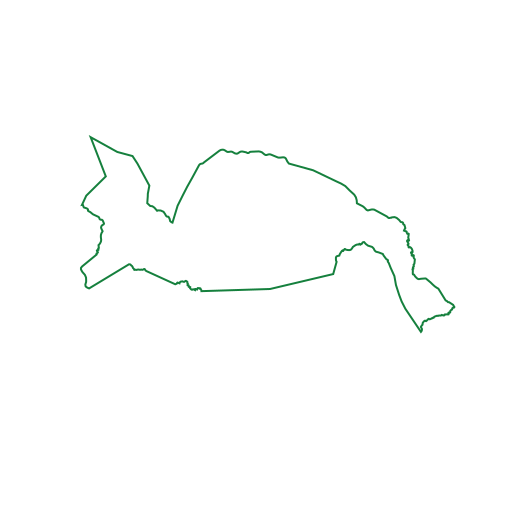 San Marcos, Ocotepeque, Honduras, rotated 206°
{"feature_id": "27666195B1401458590490", "entity_name": "San Marcos", "entity_type": "district", "adm_level": 2, "iso_a3": "HND", "parent_name": "Honduras", "parent_adm1": "Ocotepeque", "projection": "orthographic", "projection_center": [-88.963, 14.406], "detail": "fine", "context": "isolated", "style": "outline", "palette": "green", "viewbox_px": 512, "rotation_deg": 206, "n_neighbors": 0, "source": "geoboundaries", "source_scale": "gbopen_adm2", "svg_char_len": 6051}
<svg xmlns="http://www.w3.org/2000/svg" viewBox="0 0 512 512"><g transform="rotate(206 256 256)"><path d="M456.7,290.3L425.9,261.7L435.0,235.8L434.8,225.7L434.4,226.0L433.9,226.0L432.6,224.6L431.9,224.2L429.2,224.6L428.0,224.5L427.4,224.1L426.9,223.1L426.4,222.9L424.1,222.8L421.7,222.2L420.7,222.0L414.7,222.1L413.9,221.8L412.9,220.8L412.1,220.5L411.4,220.6L410.5,221.0L409.8,220.9L409.3,220.7L406.9,218.6L406.8,218.1L406.8,217.7L407.9,215.9L408.0,215.1L407.9,214.3L407.7,213.6L407.2,213.0L405.5,211.6L405.0,211.3L404.7,210.9L404.9,208.8L404.6,206.9L403.8,205.1L402.2,202.6L401.7,201.0L401.7,199.1L402.0,197.5L402.3,196.7L400.8,194.4L400.8,194.0L401.1,193.7L401.1,193.4L400.6,192.9L400.3,192.5L400.5,192.1L401.2,191.7L401.4,191.4L401.4,191.1L401.0,190.7L399.8,190.1L399.7,189.9L399.9,189.2L400.4,188.4L400.3,187.7L399.9,187.4L407.7,170.4L408.1,168.6L407.5,167.3L406.2,166.3L404.8,165.4L401.6,164.1L400.3,163.0L399.3,162.1L398.0,159.7L397.3,158.2L396.9,155.6L396.0,154.2L395.2,153.8L393.6,153.6L391.8,153.7L366.5,192.9L365.2,193.3L364.6,193.1L364.1,192.8L363.2,192.7L362.2,192.2L361.7,191.6L361.3,191.3L359.6,190.7L359.5,190.3L359.3,190.2L358.9,190.4L358.4,190.8L357.5,191.0L356.0,192.2L354.1,192.8L353.2,193.5L352.2,193.7L351.5,194.3L351.0,195.1L350.5,195.4L350.0,195.3L349.0,194.6L347.9,194.4L316.2,195.2L315.1,196.4L315.0,196.8L315.1,197.4L314.9,197.7L312.8,197.9L313.0,198.8L312.4,200.0L310.9,201.0L310.1,201.0L309.2,201.3L308.4,202.7L308.1,202.9L307.7,202.9L306.8,202.8L306.2,202.5L305.9,201.6L305.1,201.2L305.0,200.4L304.7,199.8L304.1,200.0L303.6,200.0L303.1,198.9L302.7,198.8L302.1,199.1L301.5,199.2L301.3,198.7L301.2,198.2L299.7,197.6L298.7,197.6L298.5,197.8L298.1,198.4L297.5,198.7L295.7,198.6L295.7,199.3L296.0,199.8L295.8,199.9L294.3,200.1L294.4,200.6L294.4,201.2L294.3,201.6L294.0,201.8L293.3,202.0L292.6,201.9L292.4,202.4L291.8,202.5L289.9,201.1L289.6,200.5L228.9,232.5L178.7,273.6L181.0,286.1L182.0,286.9L182.8,288.2L183.5,289.7L183.5,290.7L183.0,291.5L181.3,292.9L181.5,294.3L181.3,296.5L181.0,298.2L180.8,298.7L180.5,299.1L180.3,299.0L180.1,298.6L179.9,298.7L179.4,301.1L179.1,301.3L178.1,301.1L176.4,301.5L174.9,302.1L174.0,302.7L173.5,303.3L173.2,304.2L173.0,305.3L172.9,306.6L171.3,309.4L170.1,310.7L168.8,311.3L168.6,311.6L168.5,312.2L168.2,312.4L167.8,312.4L167.5,311.9L167.2,311.9L166.1,313.7L166.2,314.5L166.0,315.1L165.6,315.5L165.1,315.8L164.9,315.9L162.5,314.9L159.8,314.4L156.1,315.0L155.4,315.0L153.5,314.3L151.8,313.0L150.3,312.5L149.3,312.6L147.4,313.0L142.9,313.4L141.6,312.4L137.7,310.4L137.1,310.2L136.2,310.3L135.7,310.1L135.4,309.8L135.3,309.1L135.0,308.7L133.6,307.9L129.9,304.5L122.8,298.6L117.5,291.3L110.3,283.8L105.2,279.0L98.7,274.1L74.5,260.1L74.3,261.0L74.4,262.0L74.8,263.1L76.7,264.5L76.7,265.2L76.4,266.8L76.2,267.2L76.8,268.9L76.8,269.2L76.5,270.6L76.1,271.6L75.7,272.0L75.0,271.9L74.6,272.0L74.2,272.8L73.7,274.3L73.4,275.1L73.0,275.3L72.3,275.2L71.5,275.8L71.2,276.2L70.9,276.9L70.3,277.2L70.1,277.9L69.3,278.3L69.2,278.6L69.2,279.3L69.0,279.7L67.3,281.5L66.8,281.8L66.2,281.9L65.5,282.7L63.8,283.5L63.5,283.8L63.4,284.2L63.2,284.5L61.9,284.6L61.0,284.9L60.7,285.3L60.9,285.8L60.8,286.1L59.3,287.0L57.4,287.9L57.4,288.3L58.0,288.8L58.1,289.4L57.8,289.8L57.0,290.0L56.8,290.3L56.8,290.8L57.2,291.4L57.3,291.8L57.0,292.9L56.3,293.9L56.6,294.8L56.6,295.3L56.3,295.8L55.5,296.3L55.3,296.9L55.6,297.4L56.3,297.6L56.8,298.1L57.4,298.5L61.3,299.0L62.1,299.1L63.2,298.7L64.7,299.2L66.1,299.2L77.8,306.6L79.7,306.7L82.1,307.1L84.9,307.9L87.6,308.8L93.3,310.2L93.9,310.1L98.0,307.7L99.3,306.7L100.1,306.4L101.4,306.5L102.9,307.0L104.0,307.4L105.6,308.4L106.1,308.5L106.7,308.3L107.0,308.4L107.6,309.3L108.6,311.6L109.5,312.6L109.5,312.9L109.1,313.2L109.0,313.5L109.2,313.8L109.8,314.1L109.9,314.4L110.0,314.8L109.6,315.4L109.6,315.9L109.8,316.3L110.5,317.0L110.5,317.5L110.3,318.2L110.3,318.6L111.7,322.5L112.1,322.8L113.1,323.3L113.7,323.8L114.0,324.4L114.2,325.3L114.5,325.7L114.8,325.8L115.1,325.7L115.3,325.5L115.5,324.8L115.8,324.7L116.1,324.7L116.5,325.0L116.7,325.8L116.9,326.2L118.1,326.8L118.2,327.1L118.1,327.4L117.9,327.4L117.4,327.3L117.1,327.5L117.0,328.2L117.6,329.3L118.9,330.6L120.2,331.3L121.2,331.5L121.7,331.4L122.1,330.8L122.5,330.7L122.8,330.9L123.0,331.5L123.3,331.8L124.4,332.3L124.6,332.7L124.2,333.4L124.3,333.9L124.6,334.2L125.4,334.6L125.8,335.4L126.0,335.5L126.5,335.4L126.8,335.7L126.9,336.2L126.6,336.7L126.2,336.9L125.5,336.7L125.3,336.9L125.3,337.2L125.5,337.4L126.1,337.4L126.4,337.6L126.4,338.4L127.3,339.4L127.9,341.4L128.4,342.8L128.8,342.9L129.2,342.4L129.7,342.3L130.8,343.1L131.3,343.9L131.6,344.0L132.9,343.8L134.1,343.7L134.2,345.0L134.0,346.3L134.0,346.5L136.1,348.9L136.4,349.0L137.0,349.0L137.5,349.1L137.8,349.4L138.2,350.1L138.7,350.4L139.2,350.5L140.3,350.1L141.0,350.1L143.1,351.1L146.3,351.9L148.5,351.7L150.8,350.3L151.3,349.6L152.0,349.3L152.6,348.7L153.6,348.3L155.8,348.9L170.0,349.5L171.3,349.1L172.6,348.4L175.4,346.0L176.8,345.9L180.0,347.1L181.9,347.5L188.4,347.6L189.9,350.2L191.9,352.5L194.6,354.2L200.7,356.0L206.4,358.0L211.4,358.4L216.0,358.3L242.2,358.1L267.0,353.5L269.3,354.7L271.9,356.7L272.8,357.0L273.7,357.0L274.9,356.6L277.6,354.9L279.2,354.2L280.4,354.1L286.9,353.7L288.1,353.5L289.3,352.8L290.8,351.4L291.6,351.0L292.8,351.0L296.2,351.8L298.1,351.6L299.6,351.1L306.4,347.4L307.1,346.8L307.8,345.4L308.4,345.0L308.9,344.8L310.0,344.9L311.0,344.7L313.9,344.0L314.9,343.5L315.6,343.0L316.1,342.4L317.4,340.2L317.9,339.7L318.7,339.3L320.0,339.0L322.9,339.2L323.6,339.1L324.4,338.8L326.0,337.7L327.1,337.1L328.1,337.0L330.1,337.3L331.6,337.3L332.9,336.8L334.1,335.9L335.0,334.7L343.8,317.3L344.1,316.4L344.6,315.7L345.7,314.9L346.4,314.3L346.8,313.5L347.0,312.7L347.6,298.5L348.2,288.1L348.4,278.4L348.5,266.8L345.7,249.4L346.7,249.3L348.4,249.7L350.1,251.7L351.9,252.9L353.2,252.4L354.5,252.7L356.0,253.8L358.5,255.2L361.6,255.1L364.2,254.0L364.7,253.3L368.5,254.9L370.9,255.3L373.0,254.6L376.9,255.8L379.4,262.1L380.5,264.5L382.7,272.5L403.1,287.1L410.8,291.7L426.3,288.7L456.7,290.3Z" fill="none" stroke="#15803d" stroke-width="2"/></g></svg>